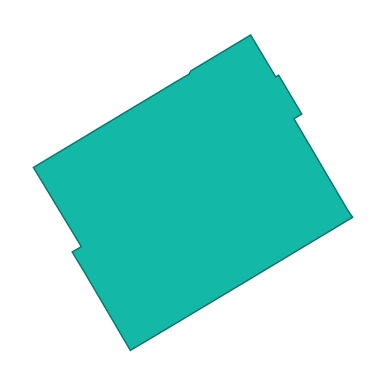 Powder River, Montana, United States of America, rotated 149°
{"feature_id": "52423323B99413017913661", "entity_name": "Powder River", "entity_type": "district", "adm_level": 2, "iso_a3": "USA", "parent_name": "United States of America", "parent_adm1": "Montana", "projection": "natural_earth1", "projection_center": [-105.736, 45.391], "detail": "fine", "context": "isolated", "style": "filled", "palette": "teal", "viewbox_px": 384, "rotation_deg": 149, "n_neighbors": 0, "source": "geoboundaries", "source_scale": "gbopen_adm2", "svg_char_len": 431}
<svg xmlns="http://www.w3.org/2000/svg" viewBox="0 0 384 384"><g transform="rotate(149 192 192)"><path d="M76.2,87.6L67.3,87.6L67.9,95.9L66.9,202.3L57.8,202.3L57.6,247.5L61.0,247.5L60.9,296.4L110.5,296.4L130.5,296.4L133.4,294.8L133.6,294.5L147.2,294.7L246.1,294.7L307.3,294.7L315.3,294.7L315.0,202.2L325.6,202.2L325.5,178.4L326.4,88.0L290.4,87.8L186.4,87.6L76.2,87.6Z" fill="#14b8a6" stroke="#0f766e" stroke-width="1.5"/></g></svg>